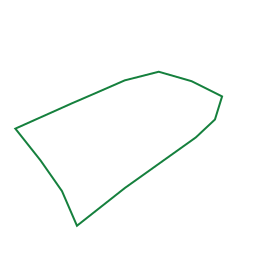 an SVG outline of Dauphin, rotated 59°
{"feature_id": "LCA-5079", "entity_name": "Dauphin", "entity_type": "Quarter", "adm_level": 1, "iso_a3": "LCA", "parent_name": "Saint Lucia", "parent_adm1": "", "projection": "albers", "projection_center": [-60.912, 14.026], "detail": "fine", "context": "isolated", "style": "outline", "palette": "green", "viewbox_px": 256, "rotation_deg": 59, "n_neighbors": 0, "source": "natural_earth", "source_scale": "10m", "svg_char_len": 322}
<svg xmlns="http://www.w3.org/2000/svg" viewBox="0 0 256 256"><g transform="rotate(59 128 128)"><path d="M149.4,31.1L165.5,49.1L171.0,74.7L177.8,161.5L185.5,222.1L148.1,217.1L110.6,219.7L70.5,224.9L78.0,163.0L80.4,145.2L85.5,106.2L95.6,72.7L120.6,49.4L149.4,31.1Z" fill="none" stroke="#15803d" stroke-width="2"/></g></svg>